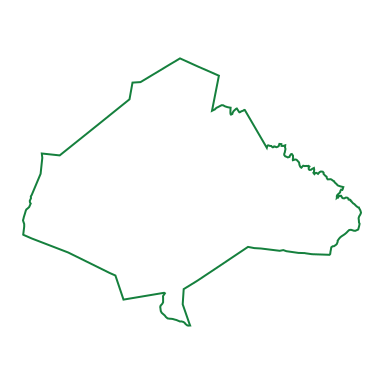 Santiago Ixcuintepec, Oaxaca, Mexico
{"feature_id": "50627088B58864234392064", "entity_name": "Santiago Ixcuintepec", "entity_type": "district", "adm_level": 2, "iso_a3": "MEX", "parent_name": "Mexico", "parent_adm1": "Oaxaca", "projection": "orthographic", "projection_center": [-95.545, 16.928], "detail": "fine", "context": "isolated", "style": "outline", "palette": "green", "viewbox_px": 384, "rotation_deg": 0, "n_neighbors": 0, "source": "geoboundaries", "source_scale": "gbopen_adm2", "svg_char_len": 3775}
<svg xmlns="http://www.w3.org/2000/svg" viewBox="0 0 384 384"><path d="M285.2,145.3L283.1,146.0L281.5,145.9L281.4,144.1L279.4,143.9L278.7,146.1L277.6,146.8L276.5,147.2L275.8,147.0L274.9,146.5L274.1,146.4L273.6,147.1L272.7,147.3L271.8,146.6L271.3,146.0L269.9,145.9L268.1,145.3L267.2,146.1L266.8,147.8L244.8,110.0L244.2,109.9L243.7,110.4L242.6,110.9L241.3,111.3L240.2,112.1L239.4,112.3L239.1,112.0L236.8,108.5L236.1,108.8L235.1,109.7L233.7,111.0L232.7,112.6L232.3,114.0L231.0,114.6L230.5,113.9L230.4,112.1L230.5,108.8L230.6,107.7L228.7,107.4L227.3,107.1L224.9,106.3L223.2,105.3L221.7,105.2L220.4,105.8L219.5,106.3L217.8,107.2L216.5,107.8L215.6,108.6L214.9,109.4L214.0,109.8L212.8,110.4L212.0,110.8L218.9,75.7L198.1,66.6L180.0,58.4L170.6,64.0L169.1,64.9L151.0,75.8L140.5,82.1L132.5,82.6L129.5,99.3L100.2,122.9L59.7,155.4L41.8,153.5L42.3,157.8L40.6,173.8L31.7,195.0L30.8,196.4L31.0,198.2L29.8,200.8L29.9,202.1L30.2,202.9L30.7,203.5L30.1,204.9L29.2,207.0L27.6,208.5L26.4,209.4L25.8,210.6L24.9,213.7L23.8,217.2L23.5,218.6L23.0,220.3L23.4,221.7L24.2,224.0L24.2,226.7L23.2,234.7L23.3,234.8L31.8,238.5L68.2,252.5L109.5,272.9L115.4,275.5L123.5,299.6L164.1,292.8L164.9,293.3L164.0,294.7L163.3,295.5L163.0,296.4L163.1,297.7L163.1,299.1L163.1,300.9L163.1,302.3L162.2,303.9L161.2,305.0L160.6,305.6L160.6,305.9L160.2,307.0L160.4,307.9L160.5,308.9L160.8,311.1L161.7,312.8L163.3,314.2L164.8,315.5L165.8,316.9L167.6,318.4L169.6,318.7L171.4,318.8L172.8,319.0L174.8,319.6L176.4,320.0L178.3,320.8L180.0,321.5L181.4,321.4L183.5,322.0L184.7,322.9L185.5,324.0L187.3,325.4L188.3,325.6L190.1,325.5L189.3,323.4L182.7,304.3L183.7,289.1L196.9,281.0L208.8,273.1L248.0,246.9L254.3,248.1L260.9,248.5L261.8,248.6L279.7,250.8L283.3,250.1L286.4,251.2L298.4,252.9L304.8,253.1L305.6,253.3L312.0,254.2L329.5,254.8L330.2,254.0L330.5,251.6L330.8,250.1L331.3,247.3L332.6,246.3L334.0,246.2L335.0,245.5L336.0,244.8L336.8,244.0L337.1,243.2L337.4,242.5L337.7,241.7L337.6,240.8L339.2,238.5L340.4,237.2L341.7,236.2L344.0,234.7L345.1,233.9L346.6,232.6L347.9,231.2L348.6,230.6L349.2,230.0L351.0,229.8L352.3,230.2L353.8,230.7L355.3,230.8L356.9,230.1L358.2,229.5L359.0,226.6L359.2,225.7L359.6,223.8L359.0,222.5L358.9,220.8L358.6,218.1L359.2,216.3L360.3,214.5L360.9,213.0L361.0,212.8L360.8,211.9L360.3,210.3L359.1,208.1L358.9,207.5L358.3,207.5L356.8,206.5L355.6,205.4L354.4,204.1L353.2,203.4L351.8,201.9L351.5,201.3L351.0,201.2L350.7,200.9L350.7,200.4L350.4,199.9L350.0,199.7L349.1,199.8L348.5,199.5L348.5,198.9L348.4,198.5L347.6,198.0L347.0,197.6L345.7,197.6L344.5,198.3L343.4,198.3L342.5,198.1L341.9,197.2L341.1,195.8L340.4,195.8L340.0,196.1L339.2,195.9L338.7,196.0L338.1,197.6L337.3,197.6L336.8,198.0L336.9,197.3L336.8,196.2L337.1,195.3L338.3,194.0L339.2,193.3L340.1,192.3L340.2,191.6L340.5,190.7L341.2,189.6L342.3,189.9L342.8,188.9L343.0,188.1L343.1,187.6L343.3,187.1L342.6,186.9L341.3,186.6L340.2,186.3L338.2,185.6L337.5,185.2L336.9,184.4L335.8,183.4L334.5,182.2L334.2,181.3L333.3,180.9L331.4,179.5L330.6,179.2L329.1,179.3L327.6,179.3L326.7,177.8L326.6,176.7L325.1,175.6L323.5,173.8L323.6,172.7L322.7,171.7L320.9,171.5L319.6,172.1L318.7,173.1L318.0,173.9L316.9,173.1L316.0,172.8L315.3,173.1L314.4,174.1L313.4,172.8L313.9,172.2L314.2,169.6L313.9,168.0L312.5,168.7L310.9,169.8L309.4,169.9L308.7,169.0L308.7,167.6L309.4,166.5L308.3,165.8L307.4,166.1L306.3,165.9L304.8,166.1L303.2,165.7L302.5,166.4L301.4,167.7L300.7,167.3L300.0,166.2L299.4,164.7L299.3,163.7L299.0,162.4L297.8,161.1L296.8,160.0L295.8,159.5L294.8,159.5L293.8,160.0L292.9,160.2L292.8,159.2L293.1,158.0L293.0,156.8L293.0,155.7L291.8,154.0L291.0,154.2L289.9,155.7L289.5,156.9L287.8,157.4L286.6,156.8L285.2,156.3L284.2,154.9L284.3,153.6L284.8,152.4L285.0,151.2L285.4,149.5L285.4,148.5L285.0,147.3L285.2,145.3Z" fill="none" stroke="#15803d" stroke-width="2"/></svg>